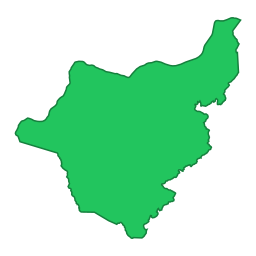 Sento Sé, Bahia, Brazil
{"feature_id": "56859067B8748211257430", "entity_name": "Sento Sé", "entity_type": "district", "adm_level": 2, "iso_a3": "BRA", "parent_name": "Brazil", "parent_adm1": "Bahia", "projection": "albers", "projection_center": [-41.545, -10.097], "detail": "fine", "context": "isolated", "style": "filled", "palette": "green", "viewbox_px": 256, "rotation_deg": 0, "n_neighbors": 0, "source": "geoboundaries", "source_scale": "gbopen_adm2", "svg_char_len": 5876}
<svg xmlns="http://www.w3.org/2000/svg" viewBox="0 0 256 256"><path d="M225.2,100.2L225.7,98.7L225.7,98.0L225.1,96.7L224.9,95.5L224.5,94.9L223.6,94.4L223.5,93.9L224.9,91.8L224.7,90.3L226.7,88.1L228.0,87.0L229.3,85.2L229.0,84.6L228.4,84.1L228.3,83.2L228.8,82.7L231.1,81.7L232.2,80.4L234.2,78.7L235.8,76.3L236.7,75.4L237.2,74.7L237.6,73.6L238.5,72.5L237.4,52.6L236.9,52.9L236.5,52.7L236.1,51.7L235.9,49.8L236.1,49.2L236.7,48.6L239.0,44.0L238.5,43.9L238.1,43.4L238.1,42.6L237.1,41.3L237.1,39.9L236.2,38.8L235.4,38.5L234.9,37.2L234.4,36.9L232.9,34.5L233.1,33.1L232.6,30.9L240.6,20.1L236.9,18.5L235.8,18.2L234.3,18.2L233.2,17.8L231.1,17.9L226.9,19.7L223.4,20.9L220.0,20.9L218.1,20.5L216.8,20.6L215.8,20.9L215.1,21.7L214.5,23.0L212.5,33.4L211.8,35.2L204.9,45.1L204.1,47.0L203.3,50.8L202.3,53.2L201.2,54.7L198.8,56.9L196.0,58.5L185.6,62.1L181.0,64.2L175.9,65.7L172.7,65.9L170.0,65.5L165.4,64.1L161.0,62.2L156.9,61.3L155.5,61.4L151.7,62.7L148.5,63.0L146.6,63.7L144.5,65.2L140.1,66.6L136.6,69.0L132.1,73.9L130.0,76.7L129.4,77.2L128.1,77.5L126.2,76.9L124.1,75.8L120.9,75.3L117.0,73.6L115.0,73.7L109.7,72.3L106.0,71.7L102.7,69.8L99.4,68.9L98.2,68.2L95.5,67.2L94.0,65.8L93.1,65.4L91.8,65.1L89.5,65.4L87.0,64.8L86.0,64.1L84.4,62.4L83.5,61.8L82.6,61.5L78.9,61.3L75.2,62.1L74.7,62.6L73.8,64.1L71.3,67.7L70.9,69.2L69.2,71.7L69.3,73.8L69.6,75.8L69.4,77.5L70.1,82.7L69.8,83.8L67.0,86.7L66.6,87.4L66.3,89.4L64.6,93.5L63.4,95.8L60.3,97.8L58.8,99.3L57.3,101.2L56.8,103.9L56.0,105.0L54.8,106.2L51.1,108.8L50.3,110.0L49.6,111.2L48.6,115.6L47.0,117.5L46.4,118.7L44.7,120.4L42.4,121.4L39.3,121.5L37.1,121.3L34.0,120.6L31.6,119.3L28.8,118.3L27.6,118.1L24.2,120.4L21.8,121.1L20.8,122.0L18.5,125.4L18.3,127.1L17.0,129.9L15.7,132.1L15.4,133.3L15.9,134.8L16.8,135.5L17.6,135.8L18.1,136.4L20.0,141.7L57.4,153.0L57.9,154.0L58.0,155.7L59.8,157.8L59.8,158.5L60.8,159.4L61.0,160.6L61.4,161.2L61.4,162.3L61.7,162.8L61.7,163.4L61.5,164.1L61.7,164.8L61.1,165.7L61.3,166.2L62.0,166.9L62.6,167.9L63.5,168.7L65.3,170.1L66.8,170.8L67.4,171.7L67.6,172.2L67.3,173.4L67.5,174.3L67.4,175.6L66.7,176.9L68.5,178.7L68.8,181.5L69.5,183.6L68.1,186.6L69.0,188.1L70.2,188.4L70.7,188.7L71.1,189.3L70.8,190.7L71.4,191.4L71.7,192.1L71.9,192.8L71.7,194.1L71.8,194.8L72.3,195.3L72.5,195.8L73.8,196.5L74.4,197.3L74.8,198.3L75.1,200.5L76.3,202.0L76.2,202.8L76.3,203.4L77.4,203.9L77.3,204.5L77.9,204.5L78.3,204.7L79.3,207.2L78.9,207.5L78.8,208.0L79.4,208.3L79.4,209.3L79.2,209.7L79.3,210.2L79.8,210.5L79.9,211.0L80.4,211.5L81.1,211.9L81.8,212.0L94.4,212.2L108.7,220.7L116.8,224.3L117.8,223.2L119.4,223.2L120.3,222.4L121.1,222.4L122.5,223.7L122.9,224.9L123.4,225.1L124.1,225.8L124.5,226.5L124.5,227.2L125.0,227.5L125.3,228.7L125.3,230.1L125.6,230.6L126.3,231.2L126.9,233.8L127.3,234.2L128.1,235.5L130.4,237.2L131.1,238.0L131.6,238.2L132.8,238.2L133.2,237.6L141.7,237.9L142.4,237.7L144.1,236.2L144.4,235.8L144.4,235.3L144.8,235.1L146.2,233.1L146.2,231.9L146.6,230.1L146.9,229.5L146.0,229.8L145.5,229.7L144.3,228.4L143.7,226.8L143.6,225.8L143.8,224.8L144.4,224.2L146.2,223.5L148.5,221.8L148.8,221.4L148.7,220.7L148.3,220.2L148.5,219.8L149.2,219.3L149.6,217.8L150.1,216.8L150.2,216.1L150.6,215.5L151.4,215.7L151.3,216.4L151.6,217.1L152.5,217.8L154.3,217.5L155.6,216.8L156.9,215.8L158.0,214.0L157.9,212.9L157.5,212.4L156.9,212.2L156.6,211.8L157.1,211.4L157.1,210.4L157.9,208.9L158.4,208.5L159.4,210.5L159.8,210.7L160.4,210.2L161.7,210.0L162.1,208.1L162.5,207.6L163.0,206.2L163.9,205.3L164.8,204.8L166.8,204.4L167.2,204.0L168.1,203.8L168.5,202.1L168.9,201.9L170.3,201.9L171.4,201.4L172.6,201.4L172.9,201.1L173.8,200.7L174.0,199.5L173.3,198.3L173.1,197.5L174.5,195.7L174.9,194.5L175.5,193.7L175.5,193.1L174.4,192.2L173.4,192.0L172.7,191.2L171.6,190.9L170.3,190.0L169.0,190.0L167.8,189.4L166.9,188.6L165.2,188.5L164.5,188.2L163.6,187.3L162.8,186.0L161.7,184.9L161.7,184.2L162.2,183.9L163.8,183.7L164.8,183.1L165.3,182.6L165.5,181.8L165.8,181.1L167.4,180.9L168.2,180.0L170.5,179.7L171.4,179.0L172.4,178.7L174.2,177.2L175.3,177.4L176.2,177.2L177.4,175.4L177.5,174.8L178.0,173.8L179.6,172.8L179.2,171.5L178.5,171.2L178.4,170.7L178.6,170.1L179.1,169.8L180.2,169.8L182.3,171.1L182.9,171.2L182.9,169.9L183.6,169.8L184.1,169.3L183.8,168.1L184.0,167.6L184.8,167.3L185.9,166.1L186.4,166.2L187.0,166.0L187.7,165.5L189.8,164.8L190.2,165.0L190.2,165.7L191.0,166.5L191.4,166.4L191.8,165.7L193.3,164.4L194.1,164.3L195.1,163.6L196.5,162.9L196.8,161.8L197.1,161.4L196.8,160.9L196.7,160.2L197.2,159.4L198.1,158.6L199.4,158.3L200.1,157.7L201.0,158.0L201.1,156.8L202.0,155.6L202.5,155.2L204.2,154.8L204.8,154.2L206.0,153.6L206.3,153.1L206.9,153.0L207.1,152.5L208.0,151.6L208.5,150.4L209.0,149.8L210.1,149.6L210.7,149.2L210.9,148.2L211.4,147.6L211.3,147.0L210.3,146.0L209.7,145.9L209.3,145.4L209.2,144.8L208.7,144.2L207.8,143.7L207.4,143.2L207.6,142.6L208.7,141.6L208.9,141.1L208.2,140.0L208.9,139.0L209.4,137.1L208.8,136.1L208.8,135.4L208.4,134.8L208.2,133.3L208.4,131.9L209.3,130.4L209.0,129.9L208.4,129.7L207.5,129.0L206.3,129.0L206.0,127.3L204.8,126.5L204.2,123.4L203.7,122.6L204.3,122.3L205.8,120.8L205.9,119.7L207.8,117.9L208.1,116.6L207.7,115.2L206.2,114.0L204.8,114.0L204.2,114.3L202.8,113.0L202.2,112.8L200.1,111.6L198.7,111.3L198.0,111.5L197.5,111.4L196.3,110.8L195.1,109.9L194.7,109.3L194.7,108.7L195.7,106.5L195.6,105.3L195.0,104.9L195.2,104.3L195.9,104.3L196.3,104.6L196.9,104.4L197.6,103.9L197.9,103.3L197.5,102.1L197.7,101.6L198.8,102.2L199.3,102.1L199.9,101.1L200.6,102.6L200.9,104.1L200.8,105.7L201.1,106.1L202.0,105.5L205.7,106.2L207.8,105.0L208.1,104.5L209.3,104.3L209.8,104.0L210.3,103.4L210.9,103.2L211.3,102.8L211.6,102.0L212.7,101.5L213.1,101.0L213.8,102.1L215.1,101.3L215.6,99.2L216.3,98.6L217.5,99.6L217.7,100.2L217.4,102.7L217.4,104.2L217.9,104.6L219.7,104.2L220.2,104.6L220.9,104.5L221.2,103.9L222.0,103.6L222.2,103.0L222.8,102.1L223.3,101.9L224.2,101.0L224.7,100.1L225.2,100.2Z" fill="#22c55e" stroke="#15803d" stroke-width="1.5"/></svg>